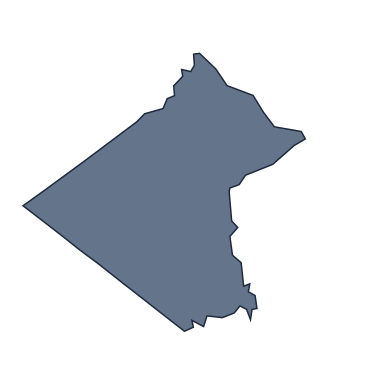 outline of Carroll, Maryland, United States of America, rotated 218°
{"feature_id": "52423323B73545009733824", "entity_name": "Carroll", "entity_type": "district", "adm_level": 2, "iso_a3": "USA", "parent_name": "United States of America", "parent_adm1": "Maryland", "projection": "mercator", "projection_center": [-77.055, 39.535], "detail": "fine", "context": "isolated", "style": "filled", "palette": "slate", "viewbox_px": 384, "rotation_deg": 218, "n_neighbors": 0, "source": "geoboundaries", "source_scale": "gbopen_adm2", "svg_char_len": 875}
<svg xmlns="http://www.w3.org/2000/svg" viewBox="0 0 384 384"><g transform="rotate(218 192 192)"><path d="M316.7,77.1L307.4,77.2L306.1,77.2L271.9,77.4L267.6,77.4L264.0,77.4L245.5,77.2L219.6,77.8L215.7,77.7L192.9,77.6L187.6,77.5L187.3,77.6L112.2,77.6L107.7,86.3L113.0,90.8L100.0,93.1L103.9,103.6L90.7,111.7L84.2,122.8L84.1,131.8L76.7,133.1L67.3,127.4L72.4,136.4L69.1,140.2L78.5,149.2L86.2,148.1L89.9,155.2L93.3,149.6L109.7,166.5L121.2,167.1L134.8,180.3L134.1,192.2L142.9,193.6L163.0,215.2L164.6,218.5L159.4,226.8L160.2,238.1L145.4,263.6L140.1,291.6L135.4,303.6L143.2,306.9L167.2,294.1L184.5,298.7L203.3,305.7L229.8,297.4L249.0,303.6L271.4,305.9L275.6,301.6L268.2,293.4L267.1,286.2L275.6,282.1L270.5,277.4L271.8,264.5L265.1,257.1L269.0,250.3L266.2,239.9L277.5,224.5L278.8,213.1L295.7,150.6L308.5,105.1L316.7,77.1Z" fill="#64748b" stroke="#1e293b" stroke-width="1.5"/></g></svg>